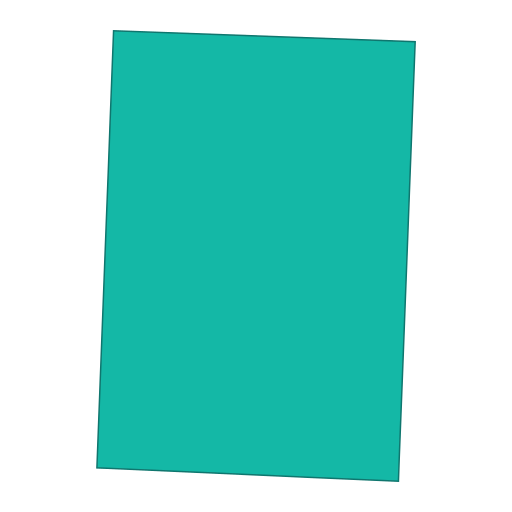 Guatraché, La Pampa, Argentina (Robinson projection), rotated 272°
{"feature_id": "61730980B9884818603028", "entity_name": "Guatraché", "entity_type": "district", "adm_level": 2, "iso_a3": "ARG", "parent_name": "Argentina", "parent_adm1": "La Pampa", "projection": "robinson", "projection_center": [-63.774, -37.483], "detail": "fine", "context": "isolated", "style": "filled", "palette": "teal", "viewbox_px": 512, "rotation_deg": 272, "n_neighbors": 0, "source": "geoboundaries", "source_scale": "gbopen_adm2", "svg_char_len": 438}
<svg xmlns="http://www.w3.org/2000/svg" viewBox="0 0 512 512"><g transform="rotate(272 256 256)"><path d="M38.7,104.4L38.7,111.8L36.9,296.1L36.7,314.1L36.2,371.5L35.9,406.2L55.8,406.2L162.0,406.6L289.6,407.0L330.9,407.1L380.6,407.3L417.8,407.4L474.7,407.6L475.7,407.6L476.1,113.2L476.1,105.8L475.2,105.8L380.9,105.5L335.5,105.4L288.1,105.2L226.3,105.0L42.5,104.4L38.7,104.4Z" fill="#14b8a6" stroke="#0f766e" stroke-width="1.5"/></g></svg>